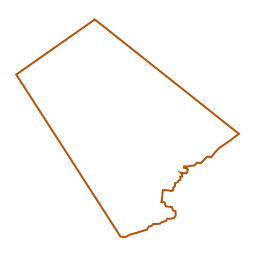 the district of Ngeruliang, Melekeok, Palau, rotated 89°
{"feature_id": "81905179B10053567804267", "entity_name": "Ngeruliang", "entity_type": "district", "adm_level": 2, "iso_a3": "PLW", "parent_name": "Palau", "parent_adm1": "Melekeok", "projection": "equal_earth", "projection_center": [134.631, 7.506], "detail": "fine", "context": "isolated", "style": "outline", "palette": "amber", "viewbox_px": 256, "rotation_deg": 89, "n_neighbors": 0, "source": "geoboundaries", "source_scale": "gbopen_adm2", "svg_char_len": 901}
<svg xmlns="http://www.w3.org/2000/svg" viewBox="0 0 256 256"><g transform="rotate(89 128 128)"><path d="M18.9,159.3L72.6,238.8L236.3,137.5L237.1,133.0L234.4,127.3L233.1,121.7L231.0,114.6L230.0,110.9L226.8,108.9L226.3,106.3L224.3,104.4L224.5,103.0L224.3,97.8L222.7,95.9L222.5,94.4L221.4,91.7L219.3,90.2L219.5,87.4L218.9,83.6L216.7,81.9L211.9,81.9L211.2,84.4L207.9,85.5L207.0,91.5L202.9,92.8L202.6,95.9L200.4,95.3L195.3,94.8L190.8,94.3L190.7,92.8L191.1,88.4L191.9,85.7L190.8,83.8L188.6,83.8L186.8,82.0L184.0,82.0L183.0,79.0L181.7,78.5L180.6,76.5L179.4,76.5L177.6,76.6L177.5,74.7L175.2,74.7L173.5,76.2L174.0,73.9L174.3,70.2L173.1,69.8L170.8,68.8L169.3,70.2L168.7,72.8L167.4,72.6L167.6,69.0L166.8,65.6L166.6,62.5L163.9,59.6L164.6,56.0L157.9,49.3L158.7,45.2L157.5,44.3L154.0,41.6L149.4,36.9L145.9,31.6L141.9,25.5L138.2,20.7L135.8,17.2L18.9,159.3Z" fill="none" stroke="#b45309" stroke-width="2"/></g></svg>